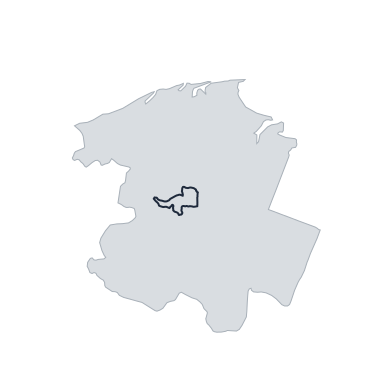 Offouè-Onoyè, Ogooué-Lolo, Gabon (highlighted), rotated 111°
{"feature_id": "22940354B26580795617541", "entity_name": "Offouè-Onoyè", "entity_type": "district", "adm_level": 2, "iso_a3": "GAB", "parent_name": "Gabon", "parent_adm1": "Ogooué-Lolo", "projection": "albers", "projection_center": [11.91, -1.081], "detail": "fine", "context": "in_parent", "style": "outline", "palette": "slate", "viewbox_px": 384, "rotation_deg": 111, "n_neighbors": 0, "source": "geoboundaries", "source_scale": "gbopen_adm2", "svg_char_len": 5993}
<svg xmlns="http://www.w3.org/2000/svg" viewBox="0 0 384 384"><g transform="rotate(111 192 192)"><path d="M265.2,64.7L265.0,67.7L261.6,75.0L260.0,80.6L259.6,86.7L260.5,91.5L262.1,94.9L263.2,98.7L262.4,101.3L260.7,102.4L261.9,103.8L264.3,104.1L268.6,102.9L275.1,100.9L283.6,98.1L289.2,96.5L298.4,97.5L303.3,98.6L305.9,100.7L308.6,109.3L309.9,110.6L312.2,114.3L314.0,118.7L314.4,121.0L314.2,122.6L312.3,125.0L310.2,128.5L309.4,130.6L307.7,132.2L305.4,133.7L299.3,134.3L298.3,135.2L296.6,139.0L293.3,142.1L291.8,145.1L290.5,149.1L290.8,154.1L290.1,161.2L289.4,166.0L291.1,167.7L298.4,168.9L299.9,169.9L301.8,172.9L304.3,175.7L311.0,177.5L313.7,179.6L315.8,182.0L316.0,183.9L314.5,191.6L313.0,199.1L313.6,204.7L314.1,210.1L314.9,218.0L314.5,222.8L312.6,225.7L312.6,228.0L313.5,230.8L311.8,238.5L310.7,239.8L307.7,241.2L306.1,243.2L305.6,246.5L303.9,250.9L302.3,252.5L302.3,254.6L303.9,256.1L303.8,258.4L300.8,261.1L299.0,263.2L295.0,264.2L290.4,263.1L289.3,261.6L290.5,259.2L290.1,257.3L288.5,255.3L286.0,250.2L283.9,249.1L282.7,251.2L278.9,255.1L272.3,260.1L267.7,260.5L259.2,258.9L252.1,256.5L248.7,250.7L246.6,245.8L243.6,240.2L240.1,237.5L236.5,235.8L234.9,235.6L229.6,238.8L228.1,240.0L228.1,242.7L228.6,245.1L229.4,246.3L230.0,247.9L229.9,250.3L229.0,253.6L228.7,257.2L212.3,260.8L209.4,259.5L207.4,257.9L204.9,258.2L197.8,260.0L195.2,258.7L192.6,257.8L191.4,258.6L191.3,260.1L192.5,268.6L192.1,271.9L190.5,276.1L189.7,279.0L194.1,279.8L195.6,281.1L197.1,283.3L199.2,285.3L199.4,286.5L197.0,288.7L196.2,291.5L197.3,293.6L200.3,295.8L204.6,298.2L206.7,299.7L206.5,301.1L204.5,304.1L203.7,306.6L202.4,308.8L202.6,310.9L204.6,312.9L204.4,314.6L203.1,315.9L200.4,315.6L198.1,315.8L196.1,315.3L189.7,308.6L188.3,308.4L179.0,313.5L176.7,315.7L174.8,318.7L172.3,325.4L168.1,321.5L164.4,314.5L160.2,310.1L151.3,303.1L148.9,298.0L138.7,286.6L124.1,275.3L113.5,265.4L111.9,263.2L113.6,263.5L123.9,268.4L125.3,267.8L126.4,266.7L122.0,264.2L117.8,262.2L113.9,260.9L109.9,261.0L107.7,258.9L106.2,255.8L105.5,253.0L103.7,250.2L98.1,244.4L96.7,242.1L93.7,239.0L95.5,238.6L101.6,241.6L102.1,240.4L101.6,238.7L95.5,235.9L92.2,235.7L91.5,233.7L91.9,231.4L87.6,222.9L83.1,216.6L82.3,213.6L94.5,227.4L96.1,227.6L98.2,227.5L103.3,225.9L102.3,224.1L100.0,222.1L97.8,223.0L95.0,223.2L93.5,222.4L92.8,221.0L95.7,214.2L94.4,214.6L93.5,215.8L91.9,216.3L89.5,216.7L83.6,213.1L78.3,203.4L76.9,201.4L75.4,198.0L74.0,196.6L68.0,182.8L70.3,183.8L73.0,187.8L78.4,187.0L80.5,184.6L82.3,184.7L84.2,184.2L86.6,182.0L93.4,172.4L95.2,159.9L94.6,152.4L93.6,145.0L95.8,142.6L96.8,144.2L97.2,146.8L98.3,148.8L100.7,150.5L105.3,151.0L112.4,153.7L114.9,155.4L115.5,151.9L123.6,148.9L121.2,147.9L114.0,149.1L104.1,144.7L100.8,141.8L97.7,136.5L94.5,133.7L94.8,131.2L101.9,128.8L103.7,129.1L104.5,131.9L106.4,133.0L107.1,132.6L107.4,130.3L107.5,123.9L105.3,114.9L105.9,113.1L107.9,112.5L109.6,111.3L110.8,111.0L113.2,111.3L114.4,113.4L115.1,114.5L117.5,115.0L119.5,116.2L121.2,115.9L122.7,114.5L124.8,114.3L131.2,114.3L137.1,114.3L148.8,114.3L160.5,114.3L172.2,114.4L181.0,114.4L180.9,109.2L180.9,101.2L180.8,91.8L180.8,82.7L180.7,74.3L180.6,64.4L181.1,61.6L181.7,60.4L181.5,58.7L190.6,58.6L206.9,59.4L214.1,59.3L216.1,59.4L225.1,58.9L232.3,59.5L235.4,60.2L238.2,60.6L246.9,61.0L258.2,60.5L262.1,60.6L264.2,62.0L265.2,64.7Z" fill="#d9dde1" stroke="#a8b0b8" stroke-width="1"/><path d="M190.3,186.4L190.2,186.6L190.2,187.1L190.1,187.5L189.8,187.7L189.5,188.0L189.5,188.4L189.3,188.7L188.9,188.8L188.5,189.1L188.2,189.6L188.2,190.1L188.0,190.7L187.8,191.6L187.9,192.7L188.2,194.6L188.4,195.2L188.8,195.9L189.2,196.4L189.7,197.0L189.9,197.6L190.1,198.4L190.3,199.3L190.3,199.9L190.1,200.3L190.0,200.7L190.0,200.9L190.1,201.4L190.3,201.9L190.5,202.2L190.9,202.3L191.4,202.4L192.0,202.4L192.5,202.3L193.1,202.1L193.8,201.9L194.5,201.8L194.9,201.7L195.3,201.4L196.2,200.6L196.7,200.4L197.0,200.1L197.5,199.7L197.9,199.7L198.2,199.5L198.4,199.4L198.8,199.4L198.8,199.8L198.8,200.3L198.8,200.9L198.8,201.7L198.9,202.5L199.2,203.1L199.6,203.6L200.1,204.2L200.4,204.7L200.7,205.1L201.9,206.2L203.8,207.8L205.1,208.9L206.2,209.8L206.6,210.0L207.1,210.1L207.6,210.3L208.0,210.5L208.4,210.9L208.8,211.3L209.3,211.7L209.8,212.3L210.2,213.1L210.6,214.0L210.7,214.7L210.8,215.3L210.8,215.9L210.9,217.0L211.0,217.5L211.1,218.0L211.2,218.5L211.3,219.2L211.2,220.1L211.2,220.7L211.0,221.2L210.8,221.5L210.6,221.9L210.4,222.2L210.1,222.6L210.0,223.0L210.1,223.4L210.2,223.8L210.4,224.2L210.5,224.6L210.6,224.9L210.6,225.0L211.0,225.1L211.5,225.1L212.0,225.2L212.9,223.7L213.4,222.7L213.7,222.1L213.9,221.4L214.2,220.7L214.6,219.8L215.1,219.1L215.9,218.4L216.4,218.0L216.6,217.6L216.6,217.0L216.6,216.0L216.5,215.0L216.5,214.3L216.3,213.6L216.2,213.1L215.9,212.6L215.5,211.9L215.3,211.4L215.1,210.9L215.0,210.5L215.1,207.4L214.8,207.2L214.4,207.0L214.0,207.0L213.5,206.9L213.2,206.6L212.8,206.4L212.4,206.2L211.7,206.1L211.3,206.0L211.0,205.7L211.0,205.3L211.1,204.9L211.5,204.5L212.0,204.3L212.5,204.2L213.4,204.1L214.0,203.9L214.3,203.6L214.7,203.3L215.2,203.2L215.6,203.1L215.9,202.9L216.2,202.2L216.5,201.5L216.6,201.1L216.5,200.2L216.5,198.9L216.6,198.0L216.8,197.5L217.1,197.1L217.4,196.7L217.8,196.5L218.1,196.1L218.0,195.7L217.9,195.4L217.6,195.2L217.4,195.0L217.1,194.5L217.1,194.2L216.8,193.9L216.5,193.7L215.9,193.5L215.4,193.5L215.0,193.5L214.7,193.7L214.4,193.9L214.1,194.3L213.6,194.8L212.8,195.4L211.9,195.5L211.5,195.6L211.1,195.7L210.7,195.9L210.3,196.1L209.8,196.2L209.3,196.1L208.9,196.0L208.5,195.6L208.2,195.2L208.0,194.7L207.9,193.9L207.9,193.5L207.6,192.8L207.2,192.4L207.0,192.1L206.9,191.6L206.9,191.0L206.9,190.4L206.7,190.0L206.5,189.7L206.3,189.3L206.0,189.0L205.9,188.7L205.8,188.2L205.7,187.7L205.5,187.2L205.4,186.6L205.4,186.0L205.2,185.1L204.8,184.3L204.4,183.6L204.1,183.1L203.7,182.5L203.4,182.0L202.0,182.4L201.0,182.8L199.6,183.3L198.7,183.7L197.2,184.3L196.2,184.7L195.3,185.1L194.3,185.2L193.4,185.6L192.8,185.8L192.1,186.0L191.6,186.2L191.0,186.3L190.3,186.4Z" fill="none" stroke="#1e293b" stroke-width="2"/></g></svg>